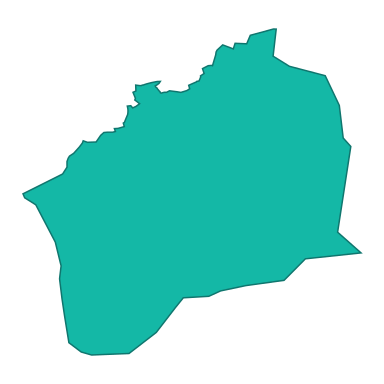 Ilesha East, Osun, Nigeria (Mercator projection)
{"feature_id": "59680162B9948554175301", "entity_name": "Ilesha East", "entity_type": "district", "adm_level": 2, "iso_a3": "NGA", "parent_name": "Nigeria", "parent_adm1": "Osun", "projection": "mercator", "projection_center": [4.754, 7.588], "detail": "fine", "context": "isolated", "style": "filled", "palette": "teal", "viewbox_px": 384, "rotation_deg": 0, "n_neighbors": 0, "source": "geoboundaries", "source_scale": "gbopen_adm2", "svg_char_len": 1511}
<svg xmlns="http://www.w3.org/2000/svg" viewBox="0 0 384 384"><path d="M250.3,35.3L246.7,43.8L235.1,43.3L233.3,48.9L222.7,44.9L217.1,50.1L216.1,52.0L215.7,54.9L212.5,65.7L211.5,65.4L208.2,65.7L202.5,68.6L204.1,73.5L202.3,74.7L200.5,75.9L200.7,76.9L200.0,78.7L199.0,81.0L196.7,81.4L196.4,81.9L192.5,83.6L188.7,85.3L189.7,88.8L186.8,90.6L180.9,92.4L176.6,91.7L169.5,90.8L166.6,92.3L164.2,92.3L162.6,92.7L161.4,93.1L160.4,92.8L160.0,91.7L159.2,91.0L158.6,90.2L157.6,89.1L157.0,88.0L155.9,87.3L155.2,85.9L157.0,84.9L159.0,83.4L160.3,81.4L157.2,81.5L154.1,82.1L151.6,82.6L148.1,83.5L146.6,83.9L144.4,84.6L143.1,85.1L142.2,85.1L141.4,85.6L139.7,85.6L135.7,85.1L135.9,91.0L133.0,92.3L135.4,98.3L134.8,100.0L139.6,103.7L136.0,106.4L132.7,107.9L130.8,105.7L127.3,106.1L127.9,108.9L128.0,110.9L127.9,112.8L127.7,114.4L125.4,119.9L124.4,122.4L123.3,123.1L124.3,126.6L118.0,128.4L114.4,128.6L115.4,131.5L112.7,132.2L107.5,132.2L103.9,132.5L100.7,135.3L96.1,142.0L87.4,142.3L83.2,140.8L82.4,143.0L79.2,147.2L73.7,153.3L69.5,156.1L68.2,158.2L67.0,161.5L67.0,167.2L62.6,174.0L23.0,193.8L24.7,197.8L35.8,204.8L55.3,242.1L61.1,265.9L59.6,278.4L59.6,279.1L62.0,298.7L64.5,315.5L68.9,342.7L81.2,352.0L91.6,355.0L105.8,354.4L129.0,353.5L133.0,350.4L156.3,332.4L175.4,307.6L183.3,297.8L208.8,296.3L220.6,290.9L245.8,285.6L284.1,280.3L305.4,258.8L361.0,252.9L337.6,232.2L350.8,146.5L343.2,138.0L339.3,105.4L325.2,75.7L289.4,66.3L273.1,56.2L276.2,29.1L273.5,29.0L250.3,35.3Z" fill="#14b8a6" stroke="#0f766e" stroke-width="1.5"/></svg>